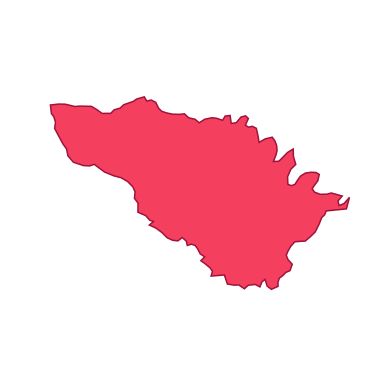 the district of São Martinho, Rio Grande do Sul, Brazil, rotated 191°
{"feature_id": "56859067B67687441249744", "entity_name": "São Martinho", "entity_type": "district", "adm_level": 2, "iso_a3": "BRA", "parent_name": "Brazil", "parent_adm1": "Rio Grande do Sul", "projection": "orthographic", "projection_center": [-53.965, -27.722], "detail": "fine", "context": "isolated", "style": "filled", "palette": "rose", "viewbox_px": 384, "rotation_deg": 191, "n_neighbors": 0, "source": "geoboundaries", "source_scale": "gbopen_adm2", "svg_char_len": 2008}
<svg xmlns="http://www.w3.org/2000/svg" viewBox="0 0 384 384"><g transform="rotate(191 192 192)"><path d="M150.7,274.9L153.9,277.0L158.2,274.9L161.8,268.4L166.6,266.8L169.2,274.4L173.9,272.9L175.7,268.2L182.2,269.1L186.6,268.7L193.5,265.8L198.1,261.3L202.9,264.0L209.4,264.2L214.3,267.3L219.3,265.8L226.0,264.7L232.2,264.8L237.2,265.5L240.7,267.8L244.7,273.1L249.5,274.5L253.8,272.7L257.0,276.3L264.1,272.7L266.8,269.8L275.6,264.7L278.6,260.6L284.0,257.9L286.8,253.7L295.3,252.0L300.9,254.6L307.1,256.9L318.6,254.9L323.3,253.6L333.2,254.0L339.6,252.9L347.6,250.4L344.9,242.1L341.9,239.4L339.3,234.3L339.0,228.2L328.0,214.7L323.3,210.2L320.7,203.8L314.1,198.6L303.6,197.2L297.3,198.1L293.3,200.5L281.6,194.9L271.5,192.9L264.4,192.5L257.2,190.0L251.0,185.7L247.9,181.3L247.3,174.8L242.9,170.8L241.2,161.8L233.0,160.0L228.0,156.2L224.2,155.7L227.6,151.4L220.9,149.8L214.2,146.7L207.6,142.3L201.7,140.9L196.5,141.3L193.0,145.4L188.2,142.7L186.4,138.6L182.8,140.6L178.8,140.2L175.9,137.6L172.1,132.8L167.2,130.8L170.2,126.2L165.9,124.3L159.8,121.0L156.8,118.0L157.2,113.1L144.4,116.7L139.7,108.4L132.8,108.6L128.4,109.7L122.1,107.0L119.1,111.1L112.4,113.3L107.2,111.8L106.2,117.2L103.6,120.1L100.3,114.0L95.5,111.6L89.5,115.8L90.4,119.9L89.8,124.1L86.7,127.5L84.6,130.9L80.8,133.5L79.8,140.2L84.8,143.9L87.4,147.9L86.4,152.5L84.8,157.3L81.6,162.7L76.1,164.3L71.5,165.4L67.6,170.3L63.4,176.3L61.0,185.0L59.8,191.6L57.4,195.0L56.7,199.0L37.2,204.9L36.4,216.8L40.6,209.6L45.1,206.8L46.9,211.1L43.8,216.7L49.8,217.2L55.1,217.6L59.2,215.6L65.8,214.2L71.8,215.3L74.7,218.2L73.1,221.9L70.6,227.0L70.4,233.5L74.0,234.8L78.9,234.1L84.4,232.2L88.6,228.2L90.6,223.8L92.4,219.2L95.6,217.2L99.3,217.8L101.1,225.2L99.3,233.2L95.4,238.9L99.1,246.0L100.9,253.5L105.7,249.1L109.1,244.0L112.6,238.8L117.9,237.5L116.6,244.5L116.4,248.9L117.8,253.8L120.3,257.9L123.7,261.1L130.3,258.1L135.6,253.5L137.8,259.4L141.0,266.8L145.4,268.0L148.9,266.4L152.3,267.8L150.7,274.9Z" fill="#f43f5e" stroke="#9f1239" stroke-width="1.5"/></g></svg>